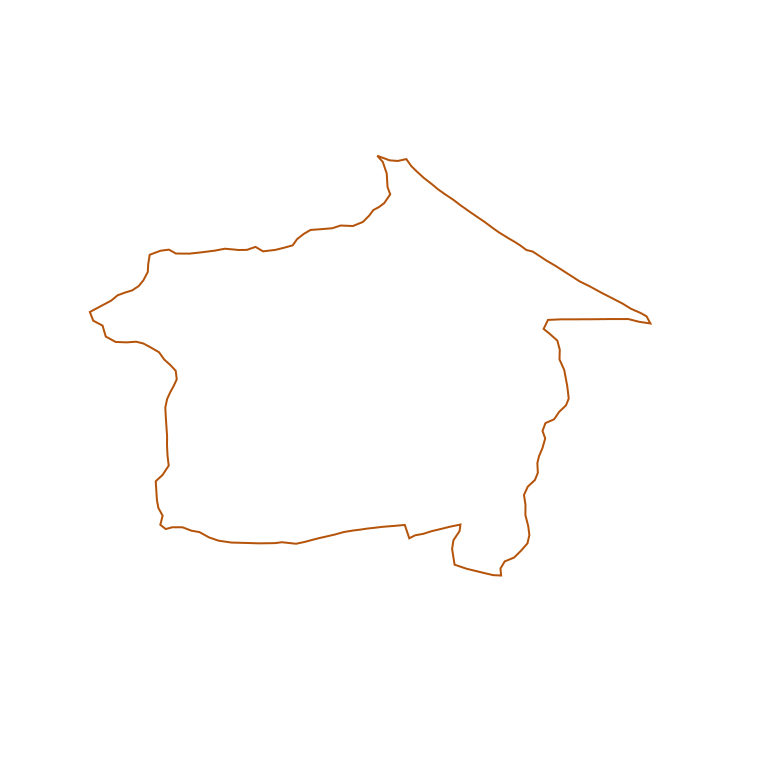 the district of Fortaleza, Ceará, Brazil, rotated 332°
{"feature_id": "56859067B83599165614359", "entity_name": "Fortaleza", "entity_type": "district", "adm_level": 2, "iso_a3": "BRA", "parent_name": "Brazil", "parent_adm1": "Ceará", "projection": "orthographic", "projection_center": [-38.524, -3.793], "detail": "fine", "context": "isolated", "style": "outline", "palette": "amber", "viewbox_px": 768, "rotation_deg": 332, "n_neighbors": 0, "source": "geoboundaries", "source_scale": "gbopen_adm2", "svg_char_len": 2398}
<svg xmlns="http://www.w3.org/2000/svg" viewBox="0 0 768 768"><g transform="rotate(332 384 384)"><path d="M647.6,455.6L647.6,447.5L644.0,441.9L637.5,433.7L632.2,424.7L618.3,404.7L611.4,394.2L605.0,385.4L598.0,372.9L590.7,359.9L585.5,351.5L577.5,336.9L572.6,332.5L569.3,325.5L565.9,319.5L562.1,313.4L556.5,303.8L553.6,298.0L548.7,287.7L545.6,281.9L540.4,271.9L535.5,262.2L532.0,254.5L527.1,245.4L523.3,237.9L520.2,230.3L515.8,220.5L512.4,210.8L510.4,204.4L509.3,195.9L500.8,193.5L493.9,189.1L485.2,179.3L487.2,187.3L485.2,199.5L479.6,211.7L478.5,219.5L469.1,224.4L462.7,225.4L456.2,225.4L450.2,228.3L441.5,231.0L430.7,229.9L420.1,223.7L411.5,222.2L401.0,217.7L391.5,213.5L383.5,213.8L375.2,215.3L368.5,218.7L360.3,216.9L351.1,214.6L339.5,210.1L334.9,202.6L325.9,201.2L318.5,197.4L312.8,193.6L306.9,189.8L297.5,186.9L285.3,182.3L273.3,177.5L261.5,171.1L257.2,164.4L249.2,161.4L237.8,159.9L232.2,167.3L228.0,174.2L220.2,179.5L213.3,182.4L205.5,183.1L198.3,181.7L190.5,180.6L182.2,182.3L170.9,182.3L158.1,182.3L157.0,191.6L162.9,200.3L160.6,211.5L166.8,220.9L176.5,226.5L185.0,230.3L190.5,235.2L195.0,241.9L200.3,250.4L201.4,259.1L204.3,267.1L206.3,274.5L203.2,282.6L197.2,287.1L191.4,290.9L185.4,295.5L179.8,302.2L175.3,311.9L171.3,320.8L167.9,328.4L163.7,336.1L159.1,345.9L155.6,355.0L145.9,360.3L136.8,362.7L129.0,379.9L126.6,387.5L126.7,396.4L120.4,403.3L123.2,409.6L129.8,411.1L138.8,415.9L145.2,423.2L151.5,428.1L157.5,437.3L164.4,444.7L174.9,452.4L187.8,459.7L198.6,465.9L205.0,469.2L213.0,473.3L219.6,475.8L231.4,483.8L240.2,486.3L246.8,487.8L253.9,489.5L261.6,491.6L270.2,493.9L278.9,495.8L287.8,498.8L294.3,501.3L301.1,503.7L309.4,507.0L315.4,509.3L328.3,514.9L336.2,518.2L333.9,532.1L340.4,532.2L348.2,534.7L356.9,536.3L368.1,539.2L375.4,541.0L385.5,544.0L381.7,549.3L371.9,554.6L366.7,561.6L364.3,568.5L361.5,576.7L370.3,586.0L382.1,596.5L390.5,603.9L397.5,608.1L400.2,601.6L407.3,597.3L417.4,598.3L427.4,595.3L435.9,592.0L441.4,585.7L444.6,577.3L447.3,566.1L452.2,557.1L455.5,547.7L462.8,542.1L472.2,539.6L478.1,534.7L482.3,525.8L486.9,520.6L493.9,514.9L500.8,507.7L501.9,499.9L508.2,494.3L517.7,495.0L525.6,490.8L534.7,488.3L540.3,483.5L544.8,471.9L549.7,456.3L550.5,444.7L555.3,436.2L557.4,427.1L553.9,417.6L550.8,410.3L558.9,404.4L570.6,410.0L579.1,414.5L586.7,418.5L598.3,424.6L616.8,434.2L630.4,441.5L638.4,448.8L647.6,455.6Z" fill="none" stroke="#b45309" stroke-width="2"/></g></svg>